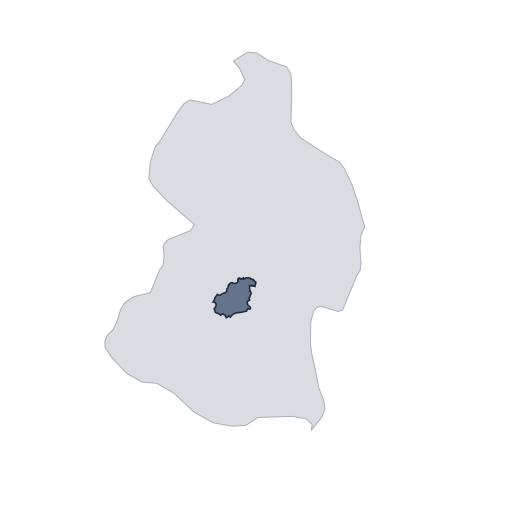 Gasabo, Kigali City, Rwanda shown in context, rotated 126°
{"feature_id": "39286606B27612515465928", "entity_name": "Gasabo", "entity_type": "district", "adm_level": 2, "iso_a3": "RWA", "parent_name": "Rwanda", "parent_adm1": "Kigali City", "projection": "mercator", "projection_center": [30.108, -1.884], "detail": "fine", "context": "in_parent", "style": "filled", "palette": "slate", "viewbox_px": 512, "rotation_deg": 126, "n_neighbors": 0, "source": "geoboundaries", "source_scale": "gbopen_adm2", "svg_char_len": 5855}
<svg xmlns="http://www.w3.org/2000/svg" viewBox="0 0 512 512"><g transform="rotate(126 256 256)"><path d="M206.9,163.1L212.4,163.0L248.9,154.2L252.6,157.0L258.5,173.9L261.6,176.4L266.7,177.0L276.9,173.1L295.7,159.8L303.9,151.8L313.6,140.5L325.9,127.7L332.8,116.5L339.5,110.0L348.4,108.1L358.1,108.6L364.9,108.8L359.3,111.5L358.2,119.6L364.6,132.7L385.6,159.6L398.9,164.6L407.6,175.1L416.2,192.8L418.7,214.9L415.2,241.5L417.3,261.3L425.0,274.3L427.0,291.1L423.3,311.8L418.9,324.2L413.6,328.3L407.7,329.8L399.6,328.4L389.7,330.2L379.0,334.1L372.3,334.7L368.1,333.9L360.2,330.6L347.7,319.9L324.4,325.8L318.1,325.7L309.6,330.7L302.6,337.0L298.4,337.5L294.1,336.6L274.0,324.0L266.7,324.4L263.7,359.8L260.3,379.5L256.2,388.3L241.8,396.8L227.4,401.6L219.5,401.2L187.7,403.9L175.2,403.9L168.4,401.0L159.4,380.9L142.6,372.0L126.4,367.8L119.8,369.0L114.0,379.5L111.6,388.9L95.9,382.5L91.2,374.5L90.7,361.0L85.0,342.6L88.2,334.7L94.3,329.6L107.4,319.9L127.2,306.4L131.4,299.9L134.2,289.2L132.9,264.2L131.0,243.2L133.4,235.7L142.4,219.4L154.6,202.7L168.7,185.1L177.2,183.4L188.4,176.7L200.2,166.8L206.9,163.1Z" fill="#d9dde1" stroke="#a8b0b8" stroke-width="1"/><path d="M291.4,258.5L291.6,259.5L291.7,259.8L292.1,260.3L292.5,260.6L292.8,260.8L293.0,260.6L294.3,261.0L294.6,261.0L295.0,261.2L295.1,260.9L295.2,261.0L295.7,261.4L295.6,261.6L295.8,261.4L296.1,260.9L296.3,260.9L296.5,260.7L296.8,260.7L297.3,260.4L298.3,260.0L298.5,260.0L298.8,260.2L299.1,260.3L299.5,260.4L299.7,260.2L299.8,260.2L300.1,260.1L300.8,259.5L302.0,258.8L302.3,258.9L302.4,259.0L303.6,259.3L303.8,259.3L304.7,260.1L306.2,261.0L306.7,261.3L307.8,261.6L308.1,261.7L308.8,261.9L309.1,262.3L309.1,262.5L309.6,263.1L309.6,264.7L310.1,264.8L311.3,264.7L311.9,264.7L312.9,264.7L314.2,264.7L314.4,264.7L314.6,264.4L314.8,264.3L315.2,264.1L315.6,263.9L317.4,263.8L317.9,263.7L318.0,263.6L318.5,263.7L318.1,263.0L318.0,262.8L317.9,262.1L317.8,261.5L317.9,261.1L318.0,260.9L318.1,260.5L318.1,260.3L319.1,259.6L319.7,259.2L319.9,259.1L320.8,258.8L321.0,258.8L321.5,258.6L323.4,258.9L323.8,258.0L324.3,257.5L324.7,256.6L325.4,255.9L325.5,255.7L325.4,254.4L325.2,254.1L325.2,253.9L325.1,253.7L325.0,253.4L324.8,252.9L324.8,252.3L324.4,251.6L324.4,251.3L324.4,250.7L324.4,250.4L324.5,250.1L324.7,249.9L324.4,249.7L323.7,249.3L323.4,249.3L322.5,249.1L322.4,249.0L322.2,248.9L322.3,248.3L322.1,246.8L322.3,246.1L322.2,245.8L322.3,245.7L322.6,245.4L322.7,245.1L322.6,244.8L322.7,244.6L323.4,243.9L323.2,243.8L323.1,243.5L322.9,243.5L322.6,243.3L321.5,243.0L321.2,242.7L320.7,242.6L320.4,242.7L320.5,242.5L320.6,242.3L320.7,241.8L320.5,240.7L320.1,240.8L319.5,240.8L318.4,240.7L316.6,240.2L315.8,240.1L315.5,240.0L315.3,239.9L315.0,239.5L314.8,239.0L314.6,238.9L314.1,238.8L313.7,238.5L313.4,238.5L313.0,238.1L312.7,237.5L311.8,236.5L311.6,236.3L311.2,236.1L311.0,235.9L310.8,235.4L310.7,235.2L310.3,235.0L309.3,233.9L308.3,233.3L308.1,233.1L307.9,232.7L307.7,232.5L307.6,232.4L307.1,232.2L306.6,231.6L306.3,231.4L305.9,231.2L305.7,231.2L305.5,231.3L305.2,231.6L304.9,231.6L304.7,231.6L304.2,231.5L303.6,231.7L303.4,231.6L303.0,230.4L302.7,229.7L302.0,229.5L301.9,229.5L301.2,229.9L301.0,230.2L301.0,230.5L300.6,231.3L300.6,232.9L300.6,233.1L300.3,233.7L300.2,234.5L299.8,234.8L299.3,235.0L299.2,235.4L298.9,235.7L298.7,236.1L298.4,236.3L298.1,236.3L297.8,236.5L297.3,236.2L296.8,235.7L296.6,235.6L295.5,235.1L295.4,235.1L295.2,235.2L295.2,235.3L295.3,235.3L295.2,235.6L295.1,235.8L295.0,236.0L294.9,236.1L294.7,236.2L294.6,236.4L294.3,236.5L294.2,236.6L293.7,236.6L293.3,236.9L293.1,236.9L293.1,237.1L292.8,237.1L292.7,237.2L292.1,237.4L291.9,237.3L291.2,237.4L291.0,237.5L290.6,237.5L290.3,237.5L289.8,237.6L289.6,237.7L289.3,237.8L289.1,238.0L288.8,238.2L288.6,238.4L288.6,238.5L288.4,238.8L288.1,239.3L288.0,239.8L288.0,240.2L288.2,240.4L288.0,240.5L287.5,240.4L287.2,240.5L286.9,241.0L286.7,241.5L286.4,241.9L286.2,242.1L285.9,242.1L285.7,242.3L285.4,242.6L285.2,242.9L285.1,243.0L284.9,243.0L284.3,243.2L283.7,243.7L283.5,244.0L283.4,243.9L283.2,243.6L283.3,243.3L283.2,243.1L283.1,242.8L283.1,242.7L282.9,242.4L282.7,242.2L282.2,241.8L282.1,241.5L282.1,241.4L282.1,241.2L281.9,240.9L282.0,240.9L281.9,240.8L281.9,240.7L281.9,240.4L281.6,239.7L281.4,239.5L281.2,239.3L281.2,239.1L280.8,239.4L280.4,239.5L280.2,239.4L279.9,239.6L279.7,239.5L279.2,239.7L278.3,240.0L278.1,240.1L277.9,240.3L277.8,240.6L277.6,240.8L277.0,241.0L277.1,241.4L277.2,241.7L277.2,241.8L277.2,242.0L277.2,242.3L277.3,242.3L277.1,242.8L277.1,243.1L276.9,243.3L276.9,243.5L276.8,243.8L276.8,244.0L276.7,244.1L276.8,244.3L276.7,244.6L276.8,244.6L277.0,245.1L277.3,245.2L277.3,245.4L277.4,245.5L277.4,245.8L277.5,246.2L277.4,246.3L277.5,246.5L277.4,246.5L277.5,246.7L277.4,246.9L277.4,247.2L277.5,247.3L277.4,247.4L277.6,247.6L277.5,247.8L277.6,248.1L277.7,248.3L277.7,248.5L277.7,248.8L277.8,248.9L278.1,249.1L278.2,249.3L278.2,249.5L278.3,249.5L278.5,249.6L278.6,250.0L278.8,250.1L278.9,250.3L279.0,250.4L279.0,250.5L279.2,250.9L279.4,250.9L279.7,251.2L279.8,251.2L279.8,251.3L280.1,251.4L280.4,251.4L280.8,251.7L281.0,251.7L281.2,251.9L281.2,252.0L281.3,251.9L281.5,252.0L281.9,252.3L281.7,252.4L281.8,252.5L281.7,252.6L281.4,252.6L281.0,252.7L280.9,252.9L280.9,253.4L281.0,253.4L281.9,253.0L282.1,253.0L282.3,253.1L282.3,253.3L282.2,253.7L282.5,253.9L282.6,254.2L282.8,254.2L283.0,254.4L283.3,254.4L283.3,254.5L283.5,254.7L283.8,254.9L283.7,255.4L283.7,255.6L283.4,255.7L283.4,255.8L283.5,255.9L283.5,256.0L283.7,256.4L283.6,256.5L283.9,256.7L283.9,256.4L284.1,256.3L284.3,256.6L284.4,256.8L284.4,257.0L284.6,257.0L284.9,257.0L285.2,257.0L285.4,257.0L285.5,257.1L285.8,256.6L286.0,256.4L286.1,256.5L286.4,256.4L286.8,255.7L287.1,255.7L287.7,255.7L288.0,255.6L288.3,255.6L288.5,255.6L289.3,256.0L289.8,256.3L290.5,256.9L291.1,257.5L291.1,258.0L291.2,258.4L291.4,258.5Z" fill="#64748b" stroke="#1e293b" stroke-width="1.5"/></g></svg>